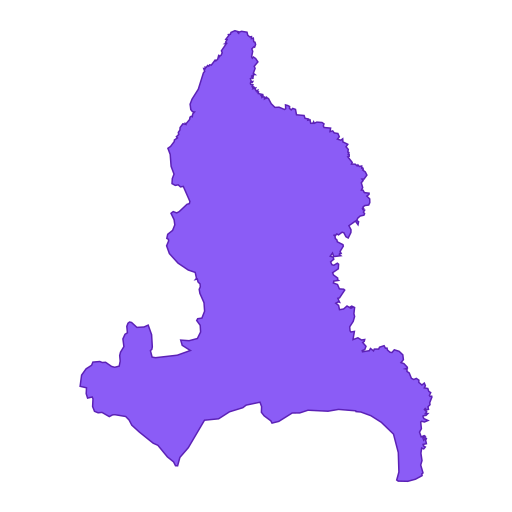 outline of Kasulu, Kigoma, United Republic of Tanzania
{"feature_id": "72390352B21750015500578", "entity_name": "Kasulu", "entity_type": "district", "adm_level": 2, "iso_a3": "TZA", "parent_name": "United Republic of Tanzania", "parent_adm1": "Kigoma", "projection": "orthographic", "projection_center": [30.484, -4.434], "detail": "fine", "context": "isolated", "style": "filled", "palette": "violet", "viewbox_px": 512, "rotation_deg": 0, "n_neighbors": 0, "source": "geoboundaries", "source_scale": "gbopen_adm2", "svg_char_len": 6018}
<svg xmlns="http://www.w3.org/2000/svg" viewBox="0 0 512 512"><path d="M80.1,386.3L86.5,387.8L86.2,393.7L87.6,398.1L92.2,397.0L93.0,398.9L92.6,406.5L94.5,411.3L98.1,412.8L102.0,412.4L109.3,416.6L112.7,414.8L115.1,414.7L125.7,416.5L129.1,420.0L131.8,425.2L139.4,432.1L153.2,443.2L157.9,445.3L167.4,456.9L173.6,461.9L175.5,465.7L177.6,465.8L179.9,457.4L188.3,447.7L204.5,420.2L218.6,418.8L229.5,411.8L242.8,407.7L246.2,405.1L260.0,402.2L261.6,406.6L261.4,412.3L264.1,415.8L270.8,420.8L272.0,423.1L278.8,421.4L292.2,413.0L299.8,412.9L308.0,410.2L328.0,411.2L338.5,409.4L355.7,410.8L356.0,411.6L360.8,412.0L370.9,415.7L381.3,422.3L393.5,434.1L398.3,452.6L398.9,472.0L396.7,480.0L398.2,481.1L407.8,481.3L415.5,479.2L422.1,475.6L421.8,473.9L423.0,472.9L420.7,465.0L422.0,460.6L420.9,453.2L421.7,448.1L423.7,448.9L425.3,447.0L423.6,446.0L423.1,444.4L426.4,443.7L425.6,440.2L426.7,437.9L426.1,438.6L425.4,437.8L423.7,440.1L422.9,437.9L425.2,436.3L424.2,435.6L421.2,436.9L419.5,432.1L421.4,428.7L420.7,422.1L421.7,421.3L424.4,422.0L428.0,420.5L423.9,418.6L423.0,416.8L423.2,415.8L426.0,415.4L427.8,413.6L425.4,413.6L426.7,411.8L424.4,409.5L425.2,408.5L426.5,409.9L428.5,409.4L428.0,406.7L430.0,404.7L429.7,402.7L431.9,397.1L431.7,396.2L430.1,396.4L429.4,395.4L430.7,392.6L428.8,391.4L427.8,388.5L424.3,387.9L425.4,385.7L424.3,383.1L421.9,385.0L418.8,382.4L418.9,380.2L416.3,378.4L413.8,379.5L411.4,378.3L409.2,372.9L407.0,371.5L407.0,369.1L405.4,368.8L407.4,368.1L407.3,367.2L403.9,363.6L401.0,362.6L403.4,359.7L402.8,354.8L399.1,351.3L394.3,349.8L392.0,352.5L390.1,352.3L387.5,350.1L387.0,348.1L385.4,348.2L384.1,345.7L379.5,347.2L378.7,349.1L374.3,349.1L373.5,350.9L370.5,348.5L369.3,350.7L362.5,351.8L362.2,350.6L364.8,349.5L366.0,346.3L362.7,342.5L364.2,341.4L364.7,339.5L361.5,340.0L357.9,337.8L353.0,339.6L354.4,331.4L350.9,332.0L350.0,330.7L349.7,326.8L353.2,321.4L354.6,316.5L353.9,313.7L354.6,307.5L351.7,306.1L350.7,306.7L352.7,307.4L350.9,308.3L347.0,306.0L343.6,309.0L339.5,309.7L338.6,305.4L335.8,303.2L338.1,301.9L339.6,302.3L337.8,298.3L339.5,297.9L344.7,290.1L343.7,289.2L339.4,288.9L337.5,284.5L333.4,283.0L333.8,281.1L338.5,280.4L337.5,279.6L337.7,278.1L333.5,275.0L332.6,272.7L338.3,268.8L338.6,264.2L337.3,263.2L333.8,265.3L331.9,264.7L330.6,261.9L333.8,259.2L332.9,257.1L330.2,256.2L332.5,253.0L333.8,256.6L340.8,255.7L339.4,254.5L339.6,253.4L341.1,253.4L340.1,251.4L343.3,246.2L343.0,244.7L337.3,241.8L336.9,239.9L335.3,238.5L335.0,236.0L333.5,235.0L335.6,235.4L336.8,233.9L338.5,234.9L342.1,232.2L343.9,232.8L345.9,236.7L348.2,238.0L350.9,232.5L351.0,229.7L348.9,225.7L355.4,221.1L358.0,224.7L358.6,221.7L356.7,220.4L357.8,218.1L360.2,216.0L363.9,215.2L364.6,213.7L363.4,212.1L364.6,210.2L362.8,209.6L362.5,208.6L363.6,208.5L362.9,207.2L364.7,205.6L368.7,205.0L369.8,202.6L369.7,198.9L366.8,196.1L369.0,194.4L369.1,193.2L364.4,192.6L363.0,190.2L361.4,190.1L362.7,187.6L361.3,182.8L363.1,180.6L362.0,179.1L364.0,179.1L366.9,175.1L365.3,171.9L362.7,170.0L363.3,169.2L362.7,167.9L361.7,168.1L361.7,166.0L359.3,166.5L357.9,164.9L357.1,165.9L355.3,164.2L351.5,164.1L352.2,162.4L347.8,156.8L349.2,156.3L349.2,154.5L348.2,154.5L348.9,152.5L347.8,152.0L348.3,149.4L346.0,146.8L347.8,144.3L342.9,141.9L342.7,138.8L340.8,140.2L337.4,139.1L339.3,136.8L337.9,133.5L334.2,132.9L332.7,130.9L330.0,131.6L330.6,128.1L324.1,127.5L323.3,126.0L324.0,123.9L322.0,122.5L316.8,122.1L314.3,123.3L313.6,121.8L312.9,123.3L310.7,123.3L310.0,119.8L307.9,120.2L308.4,119.0L305.0,118.3L304.1,115.5L296.5,114.8L295.5,109.4L292.7,108.4L291.2,109.9L289.5,108.4L289.6,106.5L287.7,105.5L285.5,104.9L285.7,108.7L284.5,109.5L279.1,107.2L274.9,107.4L271.2,103.7L268.6,98.8L267.4,97.9L266.1,98.3L266.2,97.5L264.5,98.8L264.6,97.0L263.0,96.9L262.9,96.0L261.9,97.3L261.5,96.2L262.4,95.5L261.3,95.3L262.2,94.4L258.2,93.5L258.5,91.9L257.3,91.9L257.8,90.2L256.2,90.9L255.1,89.0L255.6,88.0L253.3,88.6L254.2,87.4L253.7,86.8L252.7,87.6L252.1,86.5L252.9,84.8L250.7,84.4L250.4,83.4L250.7,82.1L252.3,82.5L252.8,81.5L251.4,81.7L250.4,78.6L251.8,77.9L253.3,78.7L251.6,76.1L252.2,75.6L253.2,76.4L253.5,74.6L255.0,74.6L253.3,73.3L255.1,68.4L254.2,66.3L257.9,61.9L255.6,58.5L253.4,57.0L252.3,58.2L251.6,56.8L252.7,51.3L251.8,48.9L253.7,46.9L254.6,47.2L255.6,44.5L255.0,42.2L253.7,41.7L253.3,38.1L251.4,38.6L251.5,36.6L249.8,36.9L247.8,35.3L247.0,32.2L241.6,31.3L239.1,32.1L238.7,33.3L237.8,32.5L238.4,31.7L234.9,30.7L231.0,32.4L230.4,34.3L228.4,34.6L228.8,35.5L225.8,39.3L227.1,39.6L225.6,42.2L226.6,43.1L225.3,43.7L226.2,43.8L221.4,50.8L222.2,52.7L221.2,55.1L219.7,56.2L219.2,55.7L219.0,56.8L218.5,56.1L217.7,59.2L215.8,60.9L215.1,60.1L211.3,65.1L209.7,64.8L208.7,66.2L207.6,65.5L206.3,67.4L205.1,67.1L205.2,68.7L203.7,68.5L204.7,71.3L203.4,72.9L198.3,89.2L192.0,99.2L190.1,104.2L190.8,109.6L192.5,111.7L194.5,112.0L192.7,114.0L192.3,116.7L191.2,116.3L190.0,117.2L189.6,119.5L186.2,123.6L185.4,123.4L185.8,124.4L182.9,123.8L180.1,127.5L179.9,130.1L178.3,132.4L178.7,134.5L176.4,136.7L177.4,137.9L174.4,140.0L174.3,141.5L170.6,146.4L167.9,148.3L170.2,154.4L171.1,166.3L174.0,174.1L172.3,178.6L172.0,183.6L175.3,185.4L178.2,184.8L180.5,186.9L183.3,186.4L189.9,201.4L189.4,203.6L187.0,204.3L179.1,211.7L176.7,212.9L173.2,211.6L171.0,213.3L174.1,219.7L174.8,224.9L172.6,230.4L167.7,234.3L166.8,238.4L168.4,239.3L168.6,241.0L166.6,245.8L169.4,253.6L178.0,263.1L188.2,270.0L195.2,272.4L196.5,278.3L195.5,279.5L197.4,279.1L198.0,281.9L200.1,284.0L200.3,286.9L199.2,289.3L199.9,293.4L204.0,302.7L204.6,311.2L201.9,318.1L197.7,318.7L196.7,320.5L200.2,325.3L200.6,332.0L197.4,338.5L189.1,340.7L180.7,340.1L182.2,345.3L190.4,350.5L177.3,355.2L155.5,357.7L152.1,357.1L150.4,350.6L151.8,349.4L152.3,346.9L151.6,334.7L148.2,325.1L144.0,327.0L136.9,327.4L131.6,322.5L129.6,322.0L128.0,323.2L126.8,326.3L127.4,332.8L125.0,334.3L122.9,338.9L123.9,346.6L120.5,352.2L119.7,355.5L120.2,361.1L119.2,366.1L114.7,367.3L111.5,366.4L105.6,362.3L102.2,362.5L99.8,361.5L92.9,362.1L91.6,365.3L86.1,368.8L81.6,375.1L80.1,386.3Z" fill="#8b5cf6" stroke="#5b21b6" stroke-width="1.5"/></svg>